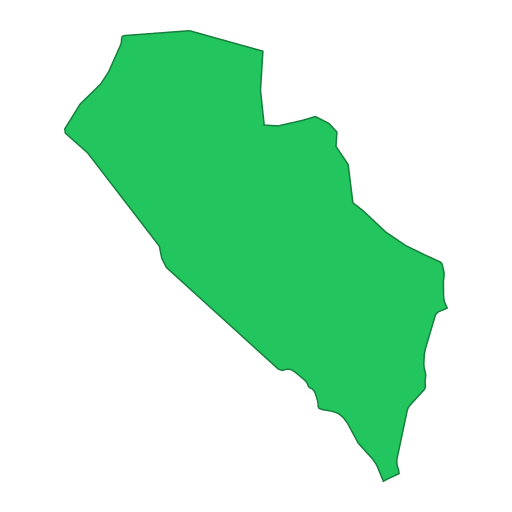 Mayo-Kebbi Ouest, Robinson projection
{"feature_id": "TCD-4858", "entity_name": "Mayo-Kebbi Ouest", "entity_type": "Prefecture", "adm_level": 1, "iso_a3": "TCD", "parent_name": "Chad", "parent_adm1": "", "projection": "robinson", "projection_center": [14.975, 9.209], "detail": "fine", "context": "isolated", "style": "filled", "palette": "green", "viewbox_px": 512, "rotation_deg": 0, "n_neighbors": 0, "source": "natural_earth", "source_scale": "10m", "svg_char_len": 1256}
<svg xmlns="http://www.w3.org/2000/svg" viewBox="0 0 512 512"><path d="M189.4,30.7L262.9,51.2L260.5,90.3L264.2,125.1L278.1,125.9L302.7,120.3L315.4,116.5L329.0,123.5L336.9,132.0L336.0,146.4L348.2,164.6L352.9,202.8L363.0,210.7L385.7,232.0L405.7,245.6L424.4,254.7L440.7,262.2L440.6,262.7L440.8,263.0L441.7,263.4L442.2,264.5L442.6,266.0L444.0,272.5L444.1,275.0L443.4,281.5L443.6,296.4L444.3,301.4L447.2,308.1L438.2,311.9L435.6,314.5L425.3,349.1L424.3,354.6L423.8,364.0L424.1,367.4L425.2,371.9L425.6,373.6L425.7,375.3L425.1,381.7L425.4,386.6L424.9,388.4L424.2,389.7L410.2,405.0L408.3,407.7L407.4,409.7L397.1,458.3L396.8,461.0L397.0,464.3L397.3,465.9L398.6,470.2L399.1,473.6L387.7,478.9L383.4,481.3L376.6,464.9L372.8,459.3L358.2,443.1L347.6,423.4L343.4,417.7L338.2,413.4L331.8,411.2L322.4,409.6L319.0,408.4L318.1,406.5L318.1,403.9L317.5,400.4L315.2,393.1L313.8,390.5L312.0,388.7L310.1,388.0L308.5,386.6L307.2,383.1L304.9,380.3L295.0,372.0L291.5,369.8L289.2,369.3L286.9,369.2L284.7,369.7L282.4,370.5L278.3,369.1L222.4,318.3L166.4,267.5L161.8,258.4L159.3,246.1L87.6,152.9L65.3,133.1L64.8,128.8L80.2,104.0L100.8,83.9L108.6,71.8L120.9,44.3L121.5,41.4L121.6,38.7L122.2,36.5L124.2,35.6L127.9,35.3L189.4,30.7Z" fill="#22c55e" stroke="#15803d" stroke-width="1.5"/></svg>